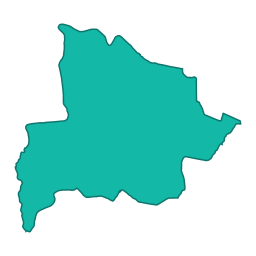 Sourou, Sourou, Burkina Faso
{"feature_id": "67063806B20155029653315", "entity_name": "Sourou", "entity_type": "district", "adm_level": 2, "iso_a3": "BFA", "parent_name": "Burkina Faso", "parent_adm1": "Sourou", "projection": "albers", "projection_center": [-3.016, 13.252], "detail": "fine", "context": "isolated", "style": "filled", "palette": "teal", "viewbox_px": 256, "rotation_deg": 0, "n_neighbors": 0, "source": "geoboundaries", "source_scale": "gbopen_adm2", "svg_char_len": 5777}
<svg xmlns="http://www.w3.org/2000/svg" viewBox="0 0 256 256"><path d="M177.9,198.0L178.3,196.8L178.9,195.9L179.9,194.7L180.6,193.9L181.2,193.1L181.2,192.8L181.4,192.2L181.9,191.5L182.2,190.7L182.9,190.3L183.7,190.2L184.6,189.8L184.8,188.5L184.9,186.8L184.2,180.1L183.6,177.3L182.9,175.2L182.1,173.2L181.5,171.4L181.3,170.2L181.5,169.0L181.5,166.1L181.6,162.2L181.9,161.0L182.6,159.4L183.4,158.1L184.1,157.2L184.7,156.9L185.7,156.6L197.8,159.0L204.0,160.1L205.1,160.4L206.3,160.5L207.4,160.4L208.7,160.1L209.7,159.3L210.7,158.7L211.1,158.4L211.8,156.9L212.0,156.7L212.5,155.4L212.6,155.2L212.9,154.8L213.5,154.3L214.7,153.3L215.2,152.2L215.4,151.5L215.9,150.7L216.8,150.3L217.2,149.8L217.3,149.5L218.1,148.0L218.2,147.1L219.3,145.7L219.6,145.0L220.1,144.3L220.8,143.9L222.1,144.5L222.1,143.2L222.3,142.7L222.7,142.3L223.8,141.4L224.1,140.8L224.4,139.8L224.4,139.2L224.4,138.3L224.5,137.8L225.3,136.6L226.0,136.1L226.1,135.4L226.6,134.6L227.2,134.1L228.0,133.8L229.9,133.0L230.8,132.1L231.4,131.3L232.0,130.4L232.9,128.9L233.9,127.5L235.1,125.4L235.6,124.7L236.0,124.2L236.4,123.9L236.9,123.8L237.6,123.8L240.6,123.9L240.4,122.1L240.2,121.2L240.0,120.9L239.7,120.7L237.1,119.6L232.3,117.4L223.4,113.4L223.1,113.4L223.0,113.6L222.9,113.9L223.0,114.7L222.7,115.7L222.4,116.5L221.8,117.8L221.6,118.4L221.4,120.3L220.1,120.8L219.4,121.0L219.3,120.8L215.6,119.3L204.5,114.7L204.2,114.3L203.8,113.3L203.3,111.6L203.1,111.1L202.8,110.1L202.3,108.3L201.7,107.7L201.1,105.9L200.3,105.0L199.5,103.0L199.3,102.5L199.0,102.1L198.5,102.0L198.0,102.0L197.8,101.9L197.5,101.3L196.5,101.1L196.5,100.9L196.5,100.6L196.5,98.9L196.4,92.4L196.3,82.2L196.3,78.4L196.1,78.1L195.7,77.9L195.3,77.5L194.7,77.1L194.2,76.9L193.9,77.0L193.7,77.1L193.1,77.3L192.5,77.5L191.4,77.7L190.8,77.5L189.5,77.5L187.9,77.4L187.1,77.3L186.2,76.7L185.6,76.2L184.9,75.4L184.2,74.9L183.2,73.8L183.2,73.6L183.2,73.4L182.7,72.5L182.6,71.8L182.4,70.3L182.6,69.0L182.4,68.8L181.9,68.7L181.0,68.7L180.1,68.4L177.9,68.0L174.8,67.4L171.0,66.8L164.4,65.3L162.2,64.8L160.6,64.6L159.1,64.2L158.3,64.5L158.1,64.3L157.1,63.6L156.0,63.3L154.5,62.9L153.3,63.2L152.1,63.0L150.3,62.5L149.2,61.9L148.0,61.0L147.0,60.5L146.7,60.4L146.4,60.2L146.1,60.0L144.0,58.7L142.6,57.1L142.1,56.7L141.5,56.6L141.3,56.4L140.5,55.6L140.3,55.3L140.3,55.1L140.3,54.8L140.0,54.6L139.7,54.4L139.6,54.0L139.0,53.6L138.7,53.3L137.6,53.2L137.1,52.9L136.9,52.5L135.7,51.2L132.4,47.7L130.7,45.3L130.2,45.1L129.8,44.7L128.6,43.8L120.9,36.5L119.5,35.8L118.4,35.6L116.1,36.6L114.9,37.8L114.7,38.6L111.4,44.3L110.0,45.4L108.7,45.3L106.9,42.7L105.0,36.6L101.9,33.6L97.6,29.8L96.7,29.4L93.5,29.2L90.8,29.4L88.2,30.2L83.4,31.5L79.8,31.7L74.5,29.2L70.4,26.4L68.2,25.6L63.4,24.3L61.0,24.3L59.5,24.9L58.3,27.0L58.6,28.2L59.2,29.2L63.3,33.2L64.5,35.1L64.7,39.8L64.1,43.7L64.4,45.1L64.3,49.3L63.9,52.6L63.5,56.0L61.8,59.5L61.3,59.7L59.6,62.7L58.9,65.2L60.1,70.4L61.6,78.1L63.0,89.8L63.4,94.6L63.4,102.0L63.7,104.2L67.0,108.7L67.1,110.9L68.3,113.6L68.4,116.0L67.1,119.5L64.5,120.9L60.7,121.2L53.7,121.9L46.0,122.4L43.3,122.9L39.8,122.8L36.0,123.3L32.5,123.6L28.0,124.5L26.5,125.4L25.8,126.8L25.9,128.5L27.9,132.6L28.9,138.4L29.1,140.9L28.4,144.8L26.1,147.7L24.9,148.1L25.0,148.4L24.1,149.7L24.1,149.9L24.3,150.2L24.4,150.6L24.7,151.2L24.7,151.5L24.7,151.9L24.3,152.2L24.0,152.4L23.5,152.4L22.3,152.3L21.8,152.2L21.4,152.4L21.1,152.9L20.9,153.3L20.9,154.2L20.8,154.8L20.3,156.2L20.2,156.5L20.3,157.0L20.4,157.6L20.2,158.0L19.7,158.9L19.2,159.4L18.9,159.5L18.7,159.8L18.5,160.3L18.3,161.3L18.0,162.0L17.7,162.3L16.6,163.1L16.2,163.5L16.1,163.9L16.1,164.6L16.4,165.3L16.3,165.7L16.2,166.2L15.6,166.7L15.4,166.9L15.4,167.2L16.0,166.8L15.7,168.3L15.7,168.8L15.9,169.6L16.4,170.5L17.0,171.8L17.3,172.7L17.5,173.5L17.7,174.5L17.3,177.4L17.4,177.8L17.8,178.6L18.2,179.3L20.4,180.2L21.2,180.6L21.7,181.1L21.8,181.9L22.3,182.6L22.5,183.0L22.2,183.8L21.8,184.1L21.5,184.9L21.2,185.5L20.9,186.3L20.7,187.2L20.6,188.0L20.5,189.8L20.3,190.3L19.8,191.1L19.3,191.6L18.7,192.3L18.4,193.9L18.6,195.1L18.8,196.6L19.3,197.2L19.7,201.6L20.7,202.7L21.5,203.3L22.0,204.3L21.8,205.7L20.7,210.1L20.9,210.6L21.5,211.9L22.1,213.1L22.5,214.3L22.1,214.6L21.8,215.6L22.5,218.2L22.6,218.9L23.4,221.4L23.6,222.4L23.4,224.1L22.7,226.5L23.1,227.4L24.0,228.8L25.8,230.8L26.0,231.4L26.4,231.0L26.9,231.0L27.3,231.0L28.8,231.6L29.5,231.7L29.8,231.7L30.3,231.4L30.7,230.9L31.2,229.9L32.6,227.8L33.3,227.1L33.8,226.4L34.1,225.3L34.3,224.2L34.5,221.1L34.8,220.1L35.4,218.0L35.5,217.0L35.6,216.2L36.1,214.9L37.1,212.7L38.2,211.6L39.8,210.5L42.7,209.1L46.1,207.6L49.6,206.3L51.2,205.5L52.5,204.3L53.6,203.0L54.3,201.8L54.8,200.3L54.9,198.9L54.6,197.6L54.1,196.7L53.7,194.8L53.7,194.1L53.8,193.7L55.2,192.5L56.5,191.7L57.8,191.0L59.0,190.6L61.0,190.2L63.2,190.0L65.5,190.0L68.6,189.9L70.1,190.0L71.7,190.2L73.2,190.2L74.3,189.8L75.2,189.4L75.8,189.0L76.7,188.2L77.1,188.4L77.6,188.7L80.4,191.6L81.3,192.5L82.4,193.9L83.4,195.2L85.4,196.7L85.8,197.0L86.3,197.2L87.5,197.3L90.3,197.1L92.7,196.7L95.0,196.6L96.7,196.6L98.7,196.2L100.9,196.1L101.8,196.2L102.7,196.5L107.1,198.2L108.3,198.6L108.7,199.0L110.6,200.1L111.8,200.6L112.4,200.9L112.9,201.0L113.7,200.4L114.7,199.1L115.3,198.0L115.8,197.3L116.7,196.5L117.2,195.6L117.9,194.3L118.5,193.0L119.5,191.4L119.8,191.0L119.8,192.0L120.2,191.7L121.0,190.9L121.6,190.4L121.9,190.1L122.1,190.0L122.4,189.9L122.6,189.9L123.3,190.3L124.6,191.3L126.8,192.8L128.7,194.7L130.7,195.9L132.1,197.3L133.1,198.1L134.2,198.7L135.3,198.9L137.1,200.6L138.8,202.0L140.0,202.2L141.0,202.3L142.4,202.5L143.8,202.9L144.9,203.0L148.9,203.8L155.7,204.8L156.7,204.9L157.4,204.7L158.6,204.0L160.8,202.7L162.6,201.5L164.1,200.7L165.7,199.6L167.5,198.6L168.1,198.3L168.6,198.1L169.3,198.0L170.9,198.1L174.0,198.0L175.9,197.9L177.9,198.0Z" fill="#14b8a6" stroke="#0f766e" stroke-width="1.5"/></svg>